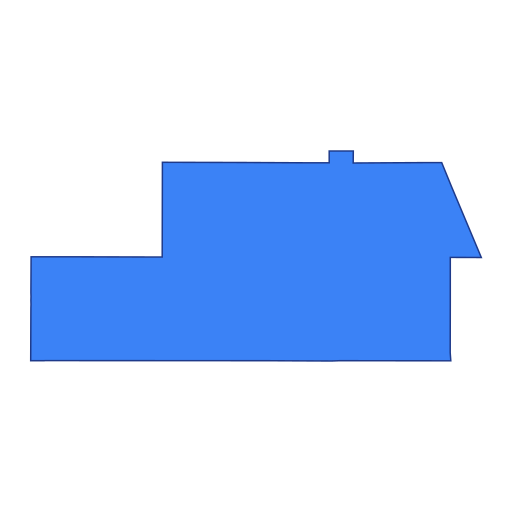 Cibola, New Mexico, United States of America (Robinson projection)
{"feature_id": "52423323B12149519863623", "entity_name": "Cibola", "entity_type": "district", "adm_level": 2, "iso_a3": "USA", "parent_name": "United States of America", "parent_adm1": "New Mexico", "projection": "robinson", "projection_center": [-108.196, 34.963], "detail": "fine", "context": "isolated", "style": "filled", "palette": "blue", "viewbox_px": 512, "rotation_deg": 0, "n_neighbors": 0, "source": "geoboundaries", "source_scale": "gbopen_adm2", "svg_char_len": 529}
<svg xmlns="http://www.w3.org/2000/svg" viewBox="0 0 512 512"><path d="M31.1,256.8L30.9,292.6L31.0,296.5L30.9,300.4L31.0,304.4L30.9,308.3L30.7,360.7L44.3,360.7L45.0,360.6L266.6,360.7L331.7,361.0L339.3,360.7L450.8,360.8L450.2,352.6L450.3,301.3L450.3,257.4L481.3,257.5L451.3,186.1L441.7,162.6L425.7,162.6L353.2,163.0L353.3,151.0L329.2,151.0L329.2,162.8L306.3,162.8L243.3,162.5L162.4,162.3L162.4,164.3L162.4,166.1L162.2,257.0L154.6,257.0L150.9,257.0L75.5,256.8L31.1,256.8Z" fill="#3b82f6" stroke="#1e3a8a" stroke-width="1.5"/></svg>